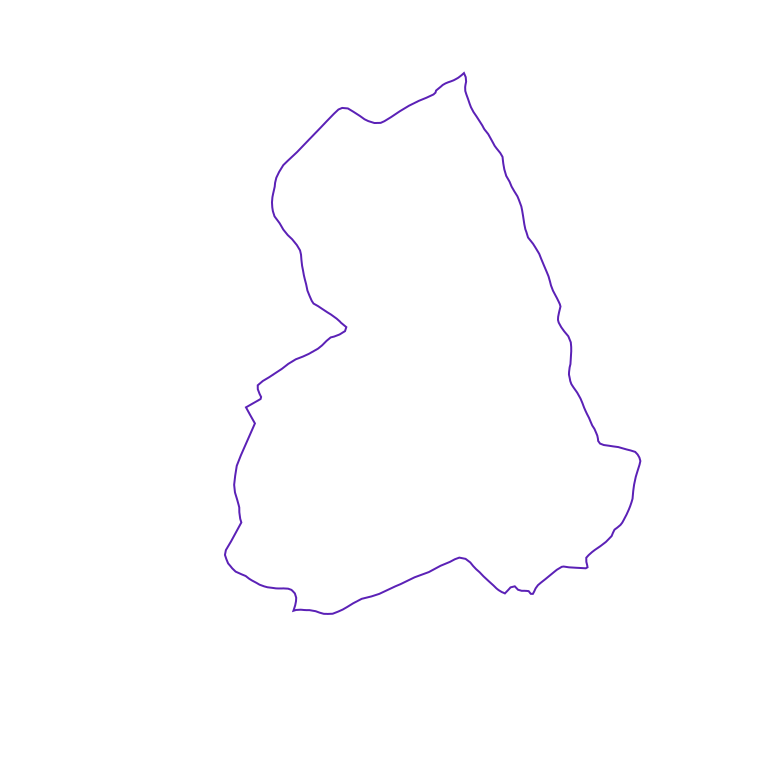 the district of Ou Reang Ov, Kâmpóng Cham, Cambodia, rotated 240°
{"feature_id": "14789045B44533012408415", "entity_name": "Ou Reang Ov", "entity_type": "district", "adm_level": 2, "iso_a3": "KHM", "parent_name": "Cambodia", "parent_adm1": "Kâmpóng Cham", "projection": "equal_earth", "projection_center": [105.534, 11.827], "detail": "fine", "context": "isolated", "style": "outline", "palette": "violet", "viewbox_px": 768, "rotation_deg": 240, "n_neighbors": 0, "source": "geoboundaries", "source_scale": "gbopen_adm2", "svg_char_len": 4138}
<svg xmlns="http://www.w3.org/2000/svg" viewBox="0 0 768 768"><g transform="rotate(240 384 384)"><path d="M142.2,384.0L143.4,388.2L143.8,389.5L144.6,391.9L143.4,396.1L138.8,397.2L136.1,399.8L133.9,403.5L132.3,405.7L128.9,406.2L127.8,408.0L129.2,410.3L131.2,413.1L132.8,416.7L133.5,420.5L134.3,426.1L135.1,430.9L136.2,437.6L136.7,440.8L136.8,446.5L136.1,448.3L132.7,452.6L128.6,458.8L126.0,462.8L123.5,466.6L123.5,468.6L125.3,469.3L128.8,470.3L132.4,472.3L133.5,475.7L134.4,480.1L134.9,483.8L135.4,490.4L136.3,497.3L138.5,505.1L140.6,507.8L142.6,510.8L143.0,514.3L143.7,518.3L144.8,521.0L146.5,523.8L147.4,525.2L149.6,528.7L152.9,533.3L155.1,536.1L158.0,539.4L160.4,541.9L166.8,546.4L171.7,550.2L177.7,555.6L182.0,560.2L186.3,564.9L189.1,567.5L192.6,568.4L196.1,568.4L199.6,567.6L203.2,564.3L205.9,561.5L209.6,557.9L212.2,555.4L215.6,551.0L218.1,547.9L221.3,543.8L224.4,541.3L227.6,541.0L229.6,541.9L232.6,542.9L235.5,543.3L239.9,543.8L244.0,543.6L248.3,544.1L252.1,544.6L256.5,544.8L260.1,545.1L263.6,545.5L268.3,546.3L273.1,546.9L279.9,547.0L286.4,546.4L290.2,546.2L293.5,546.8L295.7,547.6L299.7,548.9L301.9,550.3L305.6,553.1L308.0,555.4L311.6,557.8L315.7,560.5L318.7,562.5L322.4,564.6L326.7,566.6L333.2,567.5L339.5,566.4L344.5,565.9L349.8,566.0L352.5,566.7L355.1,568.4L358.6,571.5L361.0,573.8L362.9,575.6L365.3,576.2L367.5,576.4L371.7,576.7L375.0,576.8L380.3,577.0L385.9,577.9L390.1,579.1L391.4,579.4L394.9,580.3L399.3,580.9L406.7,581.8L413.7,582.7L419.1,583.5L425.2,583.4L430.8,583.2L438.9,582.0L444.5,583.3L447.4,583.8L452.2,585.4L459.6,588.3L465.2,590.4L469.1,591.7L476.1,592.9L479.8,593.4L485.8,593.2L491.2,593.2L496.4,593.9L503.1,593.9L509.7,595.5L515.2,597.5L518.0,598.7L521.4,600.2L526.0,600.2L531.6,599.3L535.0,598.9L537.4,599.0L541.8,599.1L548.3,599.2L554.3,598.3L556.3,598.3L558.5,598.4L563.4,598.2L569.5,597.9L574.8,597.5L580.2,597.7L583.9,598.3L588.9,599.3L593.5,600.1L597.1,600.9L600.5,602.7L602.2,604.0L604.8,606.3L608.9,608.2L613.3,608.7L612.7,605.9L612.4,603.8L612.1,601.4L612.1,599.2L612.2,596.2L612.7,593.0L613.2,590.5L613.6,587.5L613.6,584.3L613.1,581.9L612.7,579.4L612.1,575.8L610.6,574.3L610.0,571.6L610.7,563.8L611.8,555.8L612.5,544.8L612.3,534.1L611.6,523.6L611.4,515.7L611.8,511.7L614.8,506.2L619.6,501.8L623.0,499.5L628.1,497.2L635.1,493.6L640.7,490.5L644.0,485.8L644.5,481.8L643.1,475.9L640.2,465.7L637.8,457.6L633.2,441.5L628.3,424.6L625.4,412.1L623.9,406.2L620.1,399.2L616.5,393.9L614.4,391.9L612.7,390.3L609.5,388.0L604.1,383.0L601.6,380.8L597.3,377.8L592.9,375.6L589.3,374.2L583.9,373.0L575.4,374.0L568.1,374.0L561.1,375.1L555.4,376.8L547.9,378.0L541.7,378.1L537.5,376.8L532.9,374.6L527.4,372.2L522.7,370.6L518.3,369.0L514.3,367.8L509.2,366.4L503.2,364.4L497.6,363.6L492.1,363.0L488.9,363.2L484.3,365.9L480.4,367.8L474.4,370.8L470.7,372.8L464.2,375.7L460.0,377.1L458.8,377.3L454.5,378.9L452.1,379.8L449.3,376.7L449.1,370.3L450.0,364.6L451.0,361.1L450.1,355.9L448.4,349.6L447.6,344.4L447.7,333.7L448.3,327.5L449.5,319.9L449.3,311.2L448.2,303.3L447.7,294.7L447.3,288.1L447.2,280.5L446.0,274.0L442.6,272.1L437.6,271.3L434.2,271.1L432.7,269.6L432.8,252.8L424.0,252.6L414.4,252.5L393.8,224.4L388.7,218.0L386.8,215.6L378.9,209.2L371.6,203.8L364.8,200.8L363.7,200.5L357.2,199.0L351.8,197.6L349.4,196.9L345.3,194.6L339.2,192.1L335.4,191.2L324.2,172.9L319.2,164.0L315.5,160.8L311.1,159.9L306.6,159.3L303.4,159.9L300.2,160.4L295.7,161.7L290.4,165.5L286.9,168.2L282.7,169.9L279.9,171.4L275.4,174.2L272.4,175.9L268.6,179.1L266.2,181.5L263.4,185.2L260.9,188.4L258.9,191.7L257.2,194.8L254.7,198.6L252.0,200.9L249.9,201.5L247.2,202.1L242.8,201.1L239.9,199.2L236.8,196.5L232.9,192.2L232.3,194.8L230.2,199.0L227.6,202.7L225.5,206.3L221.4,211.2L218.2,213.9L215.1,216.9L212.9,220.5L210.7,224.7L209.8,230.6L209.3,235.5L209.3,240.6L209.5,247.7L209.1,257.3L206.3,267.0L204.6,275.0L203.6,286.8L203.1,292.7L202.4,298.3L201.3,313.8L200.2,320.2L198.7,328.8L198.6,332.3L198.3,342.1L197.0,352.1L196.8,357.7L196.0,362.4L191.8,367.2L186.3,369.5L181.8,370.2L177.6,371.2L173.1,372.7L167.7,374.0L160.9,376.1L154.7,378.1L150.7,379.2L148.2,380.2L144.9,382.0L143.5,383.1L142.2,384.0Z" fill="none" stroke="#5b21b6" stroke-width="2"/></g></svg>